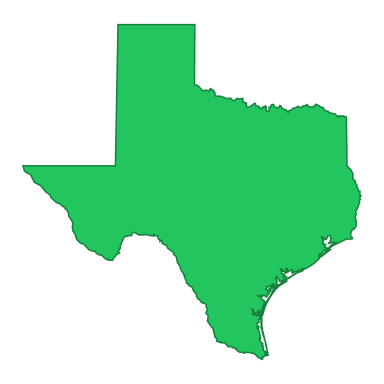 the border of Texas
{"feature_id": "USA-3536", "entity_name": "Texas", "entity_type": "State", "adm_level": 1, "iso_a3": "USA", "parent_name": "United States of America", "parent_adm1": "", "projection": "natural_earth1", "projection_center": [-98.169, 31.172], "detail": "fine", "context": "isolated", "style": "filled", "palette": "green", "viewbox_px": 384, "rotation_deg": 0, "n_neighbors": 0, "source": "natural_earth", "source_scale": "10m", "svg_char_len": 6084}
<svg xmlns="http://www.w3.org/2000/svg" viewBox="0 0 384 384"><path d="M27.7,173.5L24.5,171.0L23.0,165.8L115.4,165.8L118.0,24.6L194.8,24.6L194.5,84.9L197.5,85.3L202.6,90.6L204.6,90.9L206.0,90.0L209.3,91.0L210.1,88.8L210.7,88.5L211.7,89.7L213.2,90.1L215.0,92.9L214.9,95.2L215.4,96.1L220.6,96.2L227.1,98.7L230.5,98.1L232.9,100.6L234.8,100.5L236.7,98.5L240.1,98.9L242.7,98.3L243.1,102.1L246.5,103.1L246.4,106.4L247.3,107.0L249.5,107.1L254.6,103.2L255.5,103.7L256.0,105.9L258.9,106.4L259.8,108.4L261.7,108.2L263.1,106.8L264.1,107.5L265.5,105.8L266.4,107.1L265.8,109.7L267.3,111.6L268.5,111.1L269.5,108.5L269.0,107.3L270.5,107.4L271.3,104.9L272.6,104.3L273.7,104.8L274.7,107.0L277.3,107.7L278.8,107.6L279.9,105.6L281.1,106.0L281.6,108.1L283.2,108.7L283.8,109.7L286.0,109.7L288.1,112.4L288.8,111.8L289.1,110.4L291.3,110.4L292.7,108.4L295.4,107.9L298.0,106.3L300.0,107.6L302.0,107.5L302.3,106.2L306.0,105.4L306.7,104.5L307.9,105.3L307.9,106.3L309.3,106.9L312.8,107.1L313.5,106.3L315.1,106.0L315.4,104.6L316.3,104.2L321.1,107.2L322.8,107.5L325.2,110.7L328.2,111.4L329.4,112.7L335.6,114.2L336.5,115.8L337.8,115.9L337.7,116.8L339.2,116.9L339.9,115.7L341.6,116.4L342.6,115.8L346.4,117.0L347.0,165.9L350.6,169.5L352.3,172.4L353.0,175.0L352.7,178.6L355.3,181.1L354.9,182.4L357.2,185.5L356.7,187.2L357.9,188.6L358.7,191.1L360.0,191.2L359.8,194.2L361.0,196.0L359.4,197.0L360.4,199.1L359.5,200.5L359.5,203.0L356.7,209.9L355.6,210.9L356.3,213.9L355.0,217.0L356.2,220.4L356.1,226.2L354.0,229.2L352.6,229.2L350.8,233.0L350.6,235.8L352.1,237.4L352.5,238.4L352.1,239.0L346.3,239.1L332.1,246.0L329.3,248.7L328.5,248.2L330.8,245.6L333.9,243.7L335.9,243.6L336.4,242.4L335.8,242.9L334.4,242.1L328.8,243.5L328.6,243.0L329.3,243.1L330.4,241.0L331.0,238.3L329.9,235.6L328.0,235.6L326.3,239.3L325.1,239.6L324.6,238.5L321.7,236.6L321.4,237.8L323.4,239.0L322.7,239.9L323.5,241.1L322.5,243.1L325.5,244.6L324.0,245.4L324.6,246.9L325.3,246.9L325.3,246.3L326.0,247.6L327.8,248.4L326.0,248.4L325.4,250.3L324.4,250.2L320.2,254.7L318.8,253.6L319.3,254.7L319.1,258.8L313.7,263.7L307.7,267.6L305.4,268.5L302.1,268.6L298.6,270.0L298.9,272.0L304.6,269.1L301.6,271.3L297.2,272.9L291.7,276.3L293.2,274.7L297.8,272.4L297.7,271.4L296.7,271.2L291.5,273.2L293.8,271.9L291.8,271.9L292.5,269.9L290.4,270.4L290.6,270.0L288.4,271.7L287.2,270.0L287.4,268.7L286.5,268.7L285.8,267.6L286.3,269.4L287.0,269.2L286.6,271.4L287.8,271.9L286.3,272.9L284.6,273.4L285.8,272.9L285.8,271.7L284.8,272.4L284.5,271.4L283.0,271.3L282.3,269.2L280.5,268.7L281.7,271.8L281.6,273.4L283.9,274.4L284.6,275.6L283.0,276.4L283.2,276.9L285.1,276.1L286.8,277.2L286.9,278.0L280.4,281.6L279.3,281.1L279.0,279.1L278.1,278.7L276.8,276.6L276.3,277.2L277.5,278.7L275.5,278.6L277.1,281.2L276.6,282.9L277.1,284.0L274.6,286.9L272.9,287.7L273.8,285.5L273.4,284.9L273.8,283.4L272.5,284.9L272.9,285.6L272.2,287.4L270.9,287.2L271.1,285.1L268.6,286.8L267.0,286.6L267.4,287.4L265.8,289.3L267.5,290.2L267.6,291.5L268.7,289.4L270.6,287.9L270.9,288.5L270.8,290.5L266.7,296.8L265.4,297.2L266.0,296.9L264.5,295.4L262.2,296.1L262.6,295.4L259.4,296.1L257.9,295.6L258.8,296.8L261.3,296.5L261.8,299.3L264.8,301.2L260.8,312.6L258.3,314.2L257.4,314.0L258.7,313.1L258.3,312.7L259.5,312.3L258.8,312.1L258.9,310.5L255.1,313.7L252.8,309.7L251.4,308.4L253.5,312.4L253.1,313.1L254.2,313.3L253.3,314.1L251.4,313.7L257.0,315.7L260.4,314.8L259.6,317.6L259.9,318.9L258.6,319.9L259.0,322.4L256.9,323.3L257.3,325.7L259.0,326.9L258.7,327.6L257.3,326.2L256.9,328.2L258.7,329.6L260.7,338.8L260.3,338.1L259.3,339.0L260.2,339.3L259.9,341.3L261.9,342.8L261.8,343.9L262.7,343.8L262.2,345.6L263.4,346.2L263.0,346.9L263.5,350.7L266.1,351.7L265.8,352.4L265.2,352.3L265.0,354.6L265.5,355.0L266.6,354.2L267.1,352.3L267.7,352.2L268.0,355.3L264.7,355.8L263.5,357.0L263.1,356.6L262.4,357.3L262.6,359.2L262.1,359.4L258.1,357.3L254.4,353.6L251.6,353.3L250.7,352.5L245.2,352.5L243.8,353.2L243.3,352.3L239.7,352.2L237.7,351.0L236.6,349.5L235.7,349.4L235.9,348.4L234.3,347.7L233.6,347.4L233.2,348.0L230.3,346.3L228.4,346.9L224.6,342.8L222.2,343.0L221.2,342.2L220.8,342.6L220.4,342.0L219.1,342.2L216.6,341.2L217.0,339.3L216.4,338.0L215.1,337.5L213.0,328.5L209.4,324.3L209.0,322.7L207.4,321.3L208.2,316.6L207.7,314.9L205.9,313.3L207.2,309.7L207.0,307.7L206.2,307.4L206.1,304.6L203.9,302.8L202.7,303.2L202.2,302.4L201.3,302.4L200.2,300.4L197.8,298.7L196.4,295.9L196.6,294.6L195.3,293.3L195.4,292.4L193.7,291.4L192.1,287.3L188.6,285.3L188.2,284.0L186.4,282.9L186.3,281.2L184.3,276.6L185.2,275.6L183.6,274.8L183.2,272.7L182.0,271.9L180.8,269.4L179.8,265.5L178.9,265.1L178.9,264.3L177.4,262.6L176.3,256.5L173.9,254.7L173.1,252.1L167.6,248.2L166.8,245.7L162.3,243.5L161.8,240.6L159.8,241.4L160.1,239.8L158.6,239.2L157.4,235.7L156.4,235.9L155.7,235.3L153.9,235.9L154.2,235.0L153.8,234.4L153.3,235.5L151.6,235.8L147.1,234.7L139.2,235.0L133.8,232.1L132.5,233.2L131.5,235.7L128.7,235.5L127.9,236.4L127.4,235.9L124.2,237.0L120.2,246.0L120.2,248.7L119.1,249.4L118.6,251.9L119.6,253.0L116.3,254.6L115.3,256.5L113.2,258.4L112.7,260.3L108.1,260.1L107.9,259.2L107.0,258.9L105.9,259.3L101.7,255.3L98.5,254.7L96.0,253.0L95.7,251.5L92.0,251.0L88.6,249.5L83.3,243.6L81.5,243.7L78.8,241.7L76.6,239.2L75.6,235.4L72.8,230.6L72.3,227.0L72.9,222.7L68.6,215.8L68.5,213.1L66.6,209.5L65.4,209.2L64.7,207.4L62.7,206.4L59.8,203.5L58.6,203.6L55.7,202.0L50.8,197.2L50.0,195.0L45.5,191.6L40.6,185.6L34.3,182.3L30.6,174.7L28.9,173.4L27.7,173.5ZM267.6,299.8L269.7,296.7L270.3,296.8L266.9,302.6L264.8,307.5L262.4,315.7L261.2,315.9L261.9,312.1L265.1,303.5L264.9,302.4L266.2,303.2L267.6,299.8ZM266.4,345.9L267.3,351.3L264.8,339.8L262.1,331.9L262.3,330.3L261.2,328.4L261.0,319.2L261.3,317.0L261.7,316.6L261.8,325.2L262.6,330.7L266.4,345.9ZM286.3,279.3L286.9,279.5L286.6,281.3L279.2,285.8L275.7,289.4L276.6,287.4L276.5,285.7L279.0,284.9L284.0,281.1L285.9,280.9L286.3,279.3ZM327.4,248.9L330.3,249.7L320.2,257.4L321.1,255.9L327.6,250.2L327.4,248.9ZM274.6,287.6L275.5,287.8L275.4,289.4L270.6,296.3L270.7,294.8L272.7,291.8L272.2,291.3L274.6,287.6ZM287.8,278.8L289.3,277.2L291.4,276.3L290.0,277.6L287.8,278.8Z" fill="#22c55e" stroke="#15803d" stroke-width="1.5"/></svg>